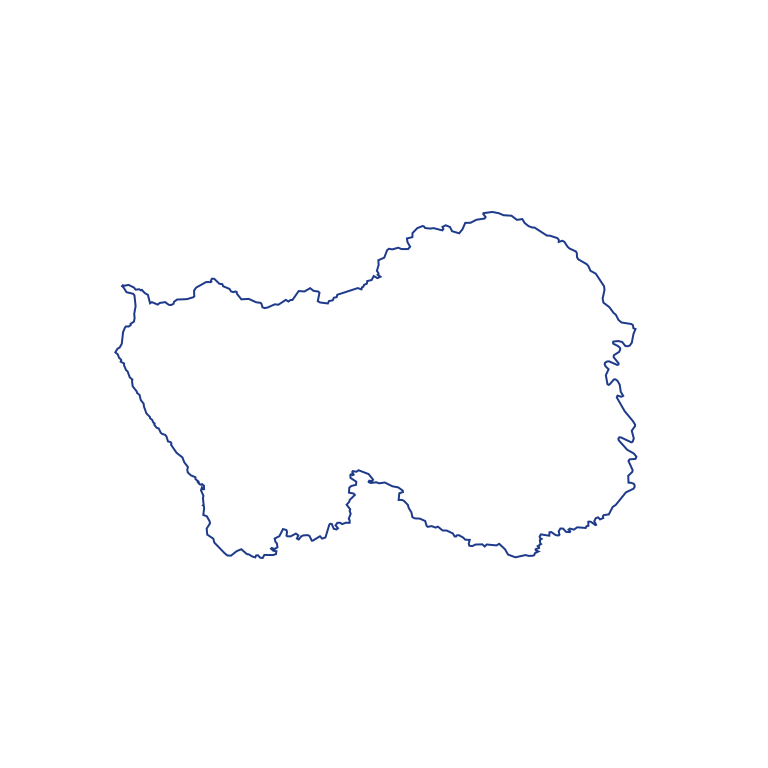 the district of Tayateyaneng, Berea, Lesotho, rotated 139°
{"feature_id": "5366337B60059477935755", "entity_name": "Tayateyaneng", "entity_type": "district", "adm_level": 2, "iso_a3": "LSO", "parent_name": "Lesotho", "parent_adm1": "Berea", "projection": "mercator", "projection_center": [27.766, -29.144], "detail": "fine", "context": "isolated", "style": "outline", "palette": "blue", "viewbox_px": 768, "rotation_deg": 139, "n_neighbors": 0, "source": "geoboundaries", "source_scale": "gbopen_adm2", "svg_char_len": 6166}
<svg xmlns="http://www.w3.org/2000/svg" viewBox="0 0 768 768"><g transform="rotate(139 384 384)"><path d="M600.2,411.2L599.8,410.5L601.3,408.2L606.3,403.7L604.5,400.4L605.7,394.7L606.7,393.0L612.7,391.2L616.2,386.3L614.3,379.2L616.1,375.6L615.3,361.0L614.7,357.3L612.0,354.8L604.8,354.5L600.1,352.9L599.1,345.6L597.8,344.1L596.6,340.2L594.9,337.6L593.1,338.5L591.5,337.5L591.4,334.1L589.7,332.3L586.4,333.5L580.0,327.7L577.1,326.5L574.9,328.4L576.9,330.7L577.3,333.8L576.4,333.9L574.8,331.2L571.5,330.7L569.5,333.8L569.4,336.3L567.9,339.1L562.8,337.8L555.4,340.8L553.5,337.9L554.1,336.1L557.1,333.5L556.8,332.4L554.5,330.3L548.6,328.9L548.0,325.9L551.1,324.5L550.4,322.6L546.2,323.3L544.1,322.6L540.9,320.1L539.9,318.4L541.3,313.1L540.5,312.5L532.2,311.1L532.1,307.9L528.9,306.6L517.4,313.8L516.1,313.7L515.3,312.5L516.9,307.7L515.3,305.4L513.4,305.3L513.3,309.1L510.3,309.8L508.2,308.2L507.5,305.7L503.9,304.4L501.0,301.8L499.3,303.7L499.0,305.4L494.3,307.9L493.1,310.9L491.7,311.6L491.4,317.4L487.5,317.9L485.9,319.0L478.8,319.4L478.8,321.2L481.7,325.0L478.2,328.5L475.7,328.5L471.3,326.3L469.0,328.4L470.9,335.1L469.0,337.5L468.0,337.4L467.5,335.8L466.4,335.5L465.7,338.4L464.7,338.7L462.4,335.9L459.8,335.6L454.7,326.1L455.0,319.0L456.6,318.4L458.6,320.7L459.8,320.3L459.8,319.6L458.8,317.9L454.2,314.8L453.0,312.4L448.0,309.1L444.8,301.3L441.1,296.7L439.8,291.2L440.6,290.0L444.1,291.5L449.0,286.9L446.5,284.7L445.6,282.7L445.3,277.1L446.7,274.1L447.5,269.2L449.9,264.9L449.0,262.5L445.3,258.9L442.8,253.6L444.9,248.9L444.7,247.5L441.3,245.5L439.2,241.7L436.9,241.0L435.9,235.1L432.8,232.2L430.1,226.1L430.7,222.7L429.8,221.7L428.6,222.1L426.7,220.8L425.0,216.2L424.8,213.2L421.6,210.1L424.8,207.9L425.7,205.9L423.6,203.7L420.4,202.9L415.0,198.5L414.6,195.3L411.8,195.5L405.0,188.4L401.9,187.8L401.1,179.9L402.3,173.9L398.5,167.0L389.5,162.1L387.5,159.3L384.3,156.7L382.9,156.3L381.1,157.3L377.3,156.3L378.6,158.9L378.0,159.8L374.5,158.5L374.0,159.2L374.3,160.8L370.5,160.2L370.6,161.3L368.7,164.0L366.7,163.7L367.2,165.6L366.7,166.7L364.3,167.6L358.8,161.1L356.4,163.5L354.9,162.5L353.5,157.2L351.6,155.1L350.5,155.1L348.8,158.2L345.7,159.2L343.7,157.4L343.6,153.0L341.0,150.3L340.1,150.6L340.3,153.0L338.5,152.9L336.2,149.5L332.2,149.1L326.2,143.0L324.5,143.8L322.8,142.9L320.2,146.0L319.4,145.6L318.2,144.1L317.0,138.8L316.3,138.6L315.3,142.5L312.2,143.8L309.9,142.9L309.8,140.1L306.5,139.0L305.4,140.7L304.0,140.8L299.9,138.1L292.0,141.2L288.5,140.7L272.5,143.5L264.5,141.3L262.7,141.7L261.4,143.0L260.9,144.7L262.2,147.2L264.2,149.1L259.9,154.5L254.2,154.8L252.9,155.8L250.0,165.5L248.1,166.0L243.4,162.5L241.2,163.5L241.1,167.8L243.6,174.8L243.8,187.3L243.2,188.8L241.4,189.4L240.2,188.2L235.6,177.7L234.4,177.3L231.2,179.0L227.7,186.2L222.3,187.5L221.2,188.5L220.5,192.7L220.2,205.7L217.1,221.2L215.4,222.0L213.3,218.7L211.3,218.1L210.4,222.8L206.6,228.8L205.7,233.1L206.3,235.7L207.5,236.6L213.7,235.7L215.0,235.9L215.5,237.2L210.8,245.1L204.8,247.8L205.2,251.9L204.6,254.0L203.3,255.0L201.0,254.7L199.3,253.5L195.5,245.4L194.3,244.9L193.4,245.6L193.1,253.5L192.5,254.3L191.4,254.9L185.7,254.0L183.4,254.8L182.2,256.2L182.5,259.2L184.5,263.9L184.1,265.0L183.1,265.6L179.0,262.7L176.7,259.5L176.9,254.2L174.8,252.3L173.1,251.8L169.9,252.6L162.9,258.1L158.1,260.5L159.2,262.4L157.5,265.2L158.0,267.0L164.4,274.6L165.0,278.5L163.6,284.1L164.1,287.0L163.5,294.2L165.0,301.4L163.0,305.0L155.8,310.4L153.8,313.4L151.8,328.3L153.9,334.1L152.4,338.8L152.4,341.4L155.6,350.7L155.1,353.2L152.7,356.1L152.2,358.1L155.1,364.6L155.4,367.3L154.6,372.9L155.4,375.1L158.9,376.6L157.5,378.2L157.5,380.5L161.5,387.1L163.7,389.2L167.8,403.4L169.5,404.9L171.3,408.3L172.2,413.2L171.4,417.7L176.0,420.7L177.4,427.4L183.1,433.0L185.2,437.4L189.4,442.8L196.9,447.7L197.6,447.1L197.8,443.3L199.6,442.9L206.4,447.3L212.9,448.9L217.0,452.3L223.2,449.3L228.4,448.4L232.4,454.7L231.2,459.2L233.3,463.3L236.8,464.2L237.5,462.0L239.2,461.7L244.4,469.2L247.2,471.0L250.6,474.7L250.5,476.6L251.2,477.9L256.6,479.8L263.5,479.2L266.2,476.2L271.2,478.8L273.2,475.7L274.2,470.5L277.3,470.0L282.3,474.4L283.8,477.5L289.5,480.2L291.5,482.8L293.7,483.0L300.9,479.2L307.1,481.1L309.9,477.4L315.2,474.0L315.3,471.9L316.0,470.5L317.1,470.5L316.3,467.3L319.5,468.2L320.9,472.2L325.2,470.6L329.1,472.7L331.1,471.0L334.0,471.9L335.7,471.0L337.2,471.4L338.9,470.2L340.9,473.6L360.7,482.0L362.8,480.6L365.2,482.0L367.8,480.8L371.1,482.7L373.5,481.6L378.8,487.5L379.6,490.0L372.8,495.2L373.0,497.0L376.0,500.4L376.9,504.8L383.3,506.0L387.4,510.1L397.9,507.5L399.6,508.8L402.0,508.9L402.9,511.9L411.6,513.1L414.2,515.8L421.7,518.1L424.3,519.6L425.4,521.6L423.9,524.8L423.9,526.2L426.9,529.6L430.2,536.9L436.1,541.5L435.8,548.7L434.8,550.1L435.5,551.4L437.4,552.1L438.7,554.3L438.2,557.1L441.3,563.4L440.5,565.4L442.5,567.7L443.1,574.8L444.9,576.4L446.9,575.5L447.1,574.5L448.0,574.6L451.3,577.6L462.5,580.0L466.1,579.1L469.7,574.6L471.0,574.6L477.0,577.3L484.8,583.5L488.5,583.8L490.4,582.6L492.9,583.3L494.5,585.0L495.4,589.3L500.1,592.3L502.7,592.4L505.5,598.1L507.6,598.4L503.7,606.2L504.9,609.7L505.0,613.9L506.0,614.1L506.6,616.1L509.6,618.2L509.4,620.8L511.8,626.4L515.2,628.3L516.4,629.9L517.5,629.7L517.2,628.1L518.1,622.2L514.1,616.6L514.2,614.6L520.4,605.7L526.5,600.8L529.0,597.3L531.9,595.1L535.7,595.7L536.5,594.6L539.0,594.9L541.1,596.8L542.7,596.4L546.8,594.4L555.5,586.4L559.8,584.9L561.8,585.5L566.0,584.2L565.5,581.0L566.7,577.7L566.5,575.3L566.7,574.3L568.1,573.6L566.7,570.0L568.0,568.5L569.5,563.8L569.3,561.6L571.5,555.8L571.0,552.4L572.2,551.6L575.2,547.1L575.5,540.6L576.2,539.4L575.7,536.0L578.1,531.5L578.3,526.9L580.0,524.4L582.6,517.6L582.3,512.7L583.0,511.6L582.5,509.0L583.4,506.3L583.0,504.7L584.1,503.9L584.3,500.1L583.2,498.2L584.4,493.9L584.3,492.2L582.5,489.1L582.6,487.1L584.7,482.4L583.1,480.0L583.6,478.4L584.6,477.8L585.7,468.1L584.3,460.8L586.1,456.0L586.5,449.9L588.8,448.3L590.1,446.0L589.7,441.8L587.5,437.4L588.7,435.7L588.0,432.4L588.2,431.6L588.9,431.9L589.0,429.9L588.6,428.5L587.0,427.8L586.6,425.4L588.8,422.7L589.9,423.6L589.4,425.3L591.9,423.8L593.6,418.1L595.5,416.7L599.2,411.4L600.2,411.2Z" fill="none" stroke="#1e3a8a" stroke-width="2"/></g></svg>